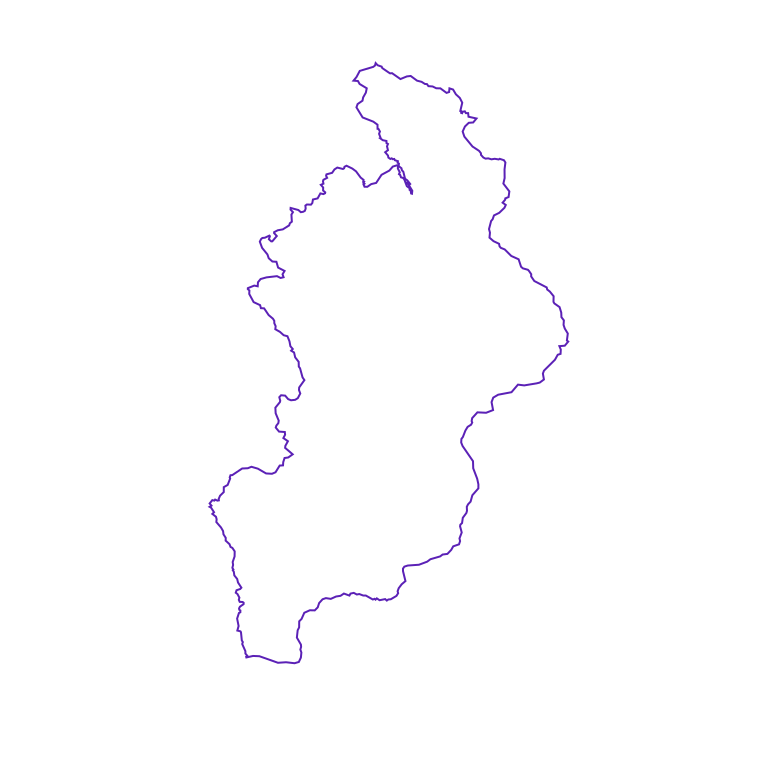 the district of Jina, Sibiu, Romania, rotated 18°
{"feature_id": "2599482B21479866695971", "entity_name": "Jina", "entity_type": "district", "adm_level": 2, "iso_a3": "ROU", "parent_name": "Romania", "parent_adm1": "Sibiu", "projection": "natural_earth1", "projection_center": [23.667, 45.651], "detail": "fine", "context": "isolated", "style": "outline", "palette": "violet", "viewbox_px": 768, "rotation_deg": 18, "n_neighbors": 0, "source": "geoboundaries", "source_scale": "gbopen_adm2", "svg_char_len": 6124}
<svg xmlns="http://www.w3.org/2000/svg" viewBox="0 0 768 768"><g transform="rotate(18 384 384)"><path d="M543.2,279.2L538.8,275.4L536.5,272.3L535.4,267.9L532.1,265.6L530.5,261.3L527.2,256.6L521.1,254.7L519.8,253.5L518.2,248.1L513.1,244.8L510.0,243.7L508.9,241.9L495.1,239.6L490.7,236.2L490.1,234.1L487.0,231.7L485.6,230.9L480.3,231.1L478.1,230.1L473.5,223.8L465.5,222.9L457.2,218.7L453.0,218.4L451.4,217.4L450.1,215.1L444.0,214.3L439.1,212.2L438.0,207.3L436.0,204.2L435.5,195.9L436.4,193.8L436.5,189.7L440.7,185.6L444.1,179.2L444.5,176.1L440.8,174.9L442.3,171.2L442.0,170.0L444.7,167.7L443.7,162.1L435.6,156.5L435.1,150.9L432.3,142.6L431.0,135.8L428.9,134.1L424.4,134.1L423.7,135.0L419.7,135.6L416.8,137.1L413.4,137.2L410.9,138.3L408.5,137.9L405.4,136.1L404.9,134.6L402.4,132.9L394.8,130.8L384.0,123.9L380.8,119.6L381.4,114.1L383.9,109.4L388.0,107.7L389.9,102.9L381.8,103.7L380.3,100.4L378.2,101.1L376.6,99.7L374.5,100.9L374.6,102.3L373.6,102.3L373.1,100.6L372.2,100.7L371.5,92.3L367.7,88.5L362.9,86.3L358.7,82.6L354.9,82.6L355.7,86.2L353.5,87.8L346.3,85.4L342.3,86.6L338.3,86.0L334.2,87.0L332.2,85.5L330.2,86.0L326.4,85.0L321.7,85.3L314.2,82.8L310.7,84.4L305.4,88.9L295.6,85.9L293.8,86.7L292.2,86.3L284.8,84.1L283.7,82.9L279.4,82.8L276.9,81.4L277.0,83.9L275.8,85.7L264.2,93.7L263.0,100.5L261.3,104.9L265.6,103.9L268.1,106.2L276.2,108.1L276.7,112.5L275.6,117.9L276.0,121.2L272.4,125.9L272.3,129.4L281.3,137.1L292.8,137.8L297.7,139.4L299.0,143.3L299.9,143.1L302.1,145.1L302.0,147.6L304.9,151.2L304.5,151.5L307.5,152.5L311.2,152.1L311.9,154.1L313.6,154.5L313.4,157.0L315.5,160.4L313.5,163.2L317.2,165.5L318.2,167.3L320.5,168.0L321.6,167.0L322.8,167.5L324.2,166.8L325.2,167.8L328.4,167.8L328.5,169.3L330.1,169.8L330.4,171.3L329.6,171.9L333.9,173.4L334.9,175.1L336.8,176.2L340.6,182.3L343.2,183.1L347.9,186.2L346.2,185.3L344.7,185.3L346.3,186.1L344.6,185.8L351.2,191.5L351.8,194.4L350.9,194.4L349.7,192.0L348.3,191.4L348.3,190.1L344.6,188.8L340.1,183.2L338.4,182.1L336.3,182.2L334.8,180.2L333.4,179.8L333.6,177.8L330.6,174.8L329.9,172.4L328.9,171.9L325.2,174.5L323.1,179.4L317.0,185.8L314.4,195.2L310.1,197.8L307.2,201.6L304.5,202.4L302.9,200.6L303.5,199.6L302.4,199.2L302.6,197.9L301.7,198.0L301.5,196.2L298.0,194.9L291.7,190.4L287.3,188.9L280.9,188.0L279.3,189.6L279.4,191.2L278.5,192.2L272.7,192.6L270.6,195.2L269.4,199.2L264.5,202.4L264.6,203.9L266.2,205.5L263.3,208.5L263.3,210.0L264.5,212.2L262.4,214.1L265.4,215.9L266.3,218.8L268.9,219.9L269.0,220.8L267.7,222.1L264.6,222.4L263.5,228.0L259.4,230.5L259.9,234.0L259.1,236.0L255.2,237.1L254.1,238.6L255.3,241.4L255.2,243.8L253.9,245.2L251.8,246.3L248.8,245.0L240.8,245.4L241.2,247.0L244.3,248.7L243.6,251.5L246.2,258.1L244.8,260.2L244.8,262.4L240.0,268.2L235.5,270.6L232.6,273.5L232.8,274.4L236.3,276.4L233.7,282.8L232.7,283.2L229.8,281.9L229.8,278.7L229.1,278.3L225.5,281.7L223.2,282.7L222.3,284.2L221.9,287.0L226.0,292.2L233.1,296.8L235.5,300.0L240.0,302.0L243.9,301.0L247.3,306.0L254.5,307.2L253.6,311.0L255.5,313.5L252.9,315.1L248.9,314.5L239.3,318.9L234.2,322.3L232.7,326.2L233.7,330.1L230.2,330.5L224.9,334.9L225.1,335.8L227.1,336.7L228.0,340.0L234.7,346.4L241.8,347.3L243.5,349.9L246.6,349.1L253.0,354.1L258.2,356.2L260.1,357.8L260.9,360.1L263.1,362.5L263.7,365.5L269.0,366.6L273.5,368.6L277.4,368.4L280.9,372.6L283.3,377.0L286.4,378.9L285.4,381.0L288.7,381.8L291.3,386.1L296.0,389.3L297.6,393.8L299.3,395.0L304.5,402.9L307.1,404.9L304.4,413.5L305.0,416.0L307.3,418.9L306.4,424.1L304.4,426.5L300.6,428.2L297.5,428.0L293.6,425.6L289.6,426.5L288.5,428.9L290.5,432.0L290.6,433.4L288.0,440.1L290.0,445.3L295.2,451.4L295.6,453.9L294.5,456.8L294.5,458.9L298.9,461.7L304.5,460.3L305.6,462.8L305.0,466.5L310.3,468.1L309.3,473.3L309.7,475.3L318.9,479.1L315.6,483.5L312.3,485.1L312.3,489.4L313.1,492.6L310.0,493.8L308.1,501.5L305.2,504.0L299.5,505.5L290.2,503.5L283.5,503.7L280.5,506.2L275.2,508.2L267.9,517.5L266.2,518.2L266.1,520.5L266.9,521.4L266.5,528.3L263.5,531.6L265.0,536.3L262.6,540.9L262.3,544.4L262.9,545.7L261.6,546.4L259.1,546.1L258.7,547.3L256.6,547.5L255.1,551.5L257.5,553.0L256.1,554.7L257.7,555.0L262.0,558.5L260.9,560.6L265.2,562.2L266.6,564.3L267.2,567.1L273.3,570.8L276.4,573.6L277.8,576.6L281.0,579.2L281.8,581.9L286.6,584.1L288.4,586.4L290.4,586.7L293.7,589.3L295.2,594.2L295.1,600.1L296.4,602.7L296.6,605.7L298.1,607.0L297.7,607.8L299.2,609.0L300.8,612.3L304.6,614.8L306.5,617.9L311.3,621.8L310.6,623.4L307.5,625.7L307.5,628.3L309.5,629.0L312.5,631.9L312.6,634.1L314.1,635.8L316.9,635.0L318.1,635.4L318.5,636.7L315.8,640.3L315.5,642.2L316.1,643.4L317.4,643.8L317.9,645.5L316.8,646.6L316.8,652.5L320.5,659.1L320.7,663.8L323.9,663.6L324.7,664.3L328.0,671.8L329.5,673.1L329.5,675.1L334.7,680.9L335.5,683.2L338.1,684.8L337.2,686.0L337.6,686.6L343.5,683.1L349.6,681.4L369.3,681.9L376.8,678.9L385.2,677.2L388.9,674.7L389.5,669.9L388.4,664.9L386.5,662.4L386.4,659.6L385.5,657.5L379.5,652.1L378.0,644.9L378.5,641.7L376.7,635.9L378.2,632.9L378.9,626.2L383.4,622.1L388.1,620.7L390.0,616.9L390.0,612.4L392.1,607.7L394.9,605.6L399.8,604.8L404.1,600.9L408.1,598.9L410.6,595.7L416.5,595.9L416.9,593.7L419.8,592.0L423.2,592.6L425.4,591.4L429.5,591.6L432.1,590.8L440.0,592.4L441.4,591.2L442.6,591.7L443.4,590.1L446.6,591.0L451.6,588.2L453.6,589.1L454.7,587.6L457.0,586.6L461.3,581.7L462.1,578.6L461.0,576.9L461.1,573.6L462.7,569.0L465.3,564.8L459.9,556.1L459.1,553.7L459.8,551.4L462.7,549.3L473.1,545.1L480.0,539.6L482.3,536.3L490.7,530.6L492.4,528.1L496.8,526.0L499.2,521.0L500.0,517.0L504.9,513.3L504.9,509.9L503.5,507.5L503.8,501.2L500.3,495.8L500.1,494.2L501.2,492.1L500.3,486.9L502.2,481.2L502.1,478.9L500.7,475.2L501.1,472.5L502.7,469.1L502.4,462.5L506.0,454.1L504.8,450.3L501.9,445.3L494.9,436.6L492.5,429.9L477.9,418.7L475.5,415.8L474.6,412.3L475.4,410.1L475.8,403.1L476.8,398.9L479.4,395.8L479.8,393.3L478.8,392.2L478.4,389.2L481.6,382.1L490.0,379.8L495.8,375.1L491.9,368.0L492.1,363.2L495.9,358.9L507.8,352.4L511.6,343.2L517.8,342.0L529.0,336.2L531.7,334.5L534.7,330.3L531.9,325.0L532.0,321.9L539.1,308.1L540.2,302.5L542.6,300.8L541.5,296.6L539.1,293.8L544.1,291.7L546.1,286.7L544.5,286.1L543.2,279.2Z" fill="none" stroke="#5b21b6" stroke-width="2"/></g></svg>